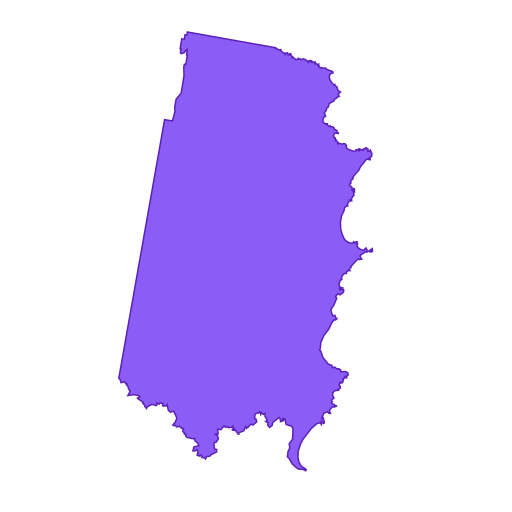 the district of Denmark, Western Australia, Australia, rotated 280°
{"feature_id": "25037944B90574007914814", "entity_name": "Denmark", "entity_type": "district", "adm_level": 2, "iso_a3": "AUS", "parent_name": "Australia", "parent_adm1": "Western Australia", "projection": "equal_earth", "projection_center": [117.036, -34.911], "detail": "fine", "context": "isolated", "style": "filled", "palette": "violet", "viewbox_px": 512, "rotation_deg": 280, "n_neighbors": 0, "source": "geoboundaries", "source_scale": "gbopen_adm2", "svg_char_len": 6036}
<svg xmlns="http://www.w3.org/2000/svg" viewBox="0 0 512 512"><g transform="rotate(280 256 256)"><path d="M464.5,239.1L464.7,149.5L461.6,149.6L461.6,147.7L457.0,147.8L457.0,145.2L446.8,145.3L446.8,146.2L443.2,146.2L442.2,147.2L443.7,150.0L445.9,150.9L447.4,152.4L442.0,152.7L442.0,153.5L432.4,153.6L432.4,152.2L429.8,152.0L420.9,153.8L403.4,154.0L396.5,150.1L388.6,150.1L383.9,151.1L374.5,150.2L374.4,142.3L111.7,142.1L111.0,143.5L107.8,145.1L109.3,148.6L107.6,149.9L107.6,151.2L106.6,150.9L105.0,152.9L103.0,153.4L101.0,155.6L96.3,154.0L98.2,159.6L98.2,164.3L97.7,165.8L96.7,166.0L95.6,163.9L95.1,164.2L92.4,170.2L91.3,170.0L90.1,172.0L88.4,172.7L86.8,174.7L88.3,174.9L91.4,178.7L91.9,180.7L91.2,183.5L92.3,184.3L94.2,183.8L93.3,186.4L94.6,186.9L94.6,190.0L92.3,190.0L92.1,191.3L92.9,193.6L94.2,194.2L88.8,196.5L87.3,198.9L88.8,201.1L88.3,202.3L82.7,206.2L78.5,205.4L75.1,203.4L74.7,204.6L75.1,205.6L73.9,207.7L75.0,210.1L73.2,213.0L73.4,214.7L70.7,214.2L69.8,215.1L69.8,216.3L68.2,216.3L68.0,217.8L66.4,218.1L65.4,219.5L65.1,226.1L65.8,227.3L63.4,228.0L61.7,230.9L59.3,232.7L57.2,228.0L53.1,227.7L53.4,229.6L55.0,231.6L52.9,232.9L49.6,232.6L49.1,235.5L50.2,235.3L50.4,236.4L49.8,237.5L48.2,237.7L48.4,239.9L47.3,241.5L49.9,242.2L50.8,245.2L52.7,246.5L56.1,251.2L58.6,250.9L58.7,248.8L63.1,247.2L65.1,247.3L65.7,249.1L69.4,250.7L72.1,249.5L73.4,246.9L74.2,249.6L78.7,248.3L78.9,251.6L83.1,254.1L82.0,255.8L82.8,257.1L82.2,258.6L82.9,261.4L84.3,262.9L82.6,263.2L82.1,264.8L81.0,262.8L80.5,263.0L80.5,266.5L77.7,269.0L77.7,270.0L78.4,269.4L79.1,270.0L81.7,274.3L86.1,275.3L84.6,276.7L86.0,277.1L86.0,278.0L89.6,280.2L89.0,282.4L92.8,285.5L95.2,284.5L95.5,283.0L99.1,282.5L100.4,282.8L101.8,284.8L101.6,285.9L103.2,286.7L103.1,287.7L100.9,288.2L102.3,288.9L101.3,290.7L102.4,292.3L99.4,292.8L96.3,295.8L94.7,294.2L93.8,296.8L91.6,296.8L89.5,299.1L91.9,301.4L94.9,301.3L101.0,306.8L100.4,307.8L97.2,308.9L97.6,310.1L100.6,310.6L100.7,311.1L98.9,311.5L100.5,312.8L95.3,314.9L94.5,320.8L92.0,322.5L81.9,323.8L76.9,321.3L72.7,322.6L69.1,321.5L63.6,321.8L62.7,323.5L57.5,327.8L54.4,332.7L53.5,335.2L54.0,339.5L53.1,342.2L54.6,342.4L56.9,337.1L60.4,334.1L65.4,332.2L71.2,331.5L78.2,332.4L83.9,334.2L96.0,340.6L101.8,345.4L102.8,348.1L101.4,349.7L104.4,349.1L102.8,351.5L103.3,352.2L105.6,351.8L107.7,349.2L108.0,350.5L109.4,349.3L112.9,350.0L115.0,353.7L113.7,355.1L113.9,356.6L116.3,355.3L117.9,355.5L120.8,357.6L120.8,359.3L122.5,361.8L122.3,359.6L123.2,359.1L123.7,356.8L124.6,355.9L125.8,356.4L126.3,355.5L127.8,355.7L129.6,357.5L132.0,355.7L134.8,355.4L137.1,357.1L138.1,360.6L139.3,360.2L140.0,361.7L140.8,361.9L142.6,361.4L143.0,360.4L145.3,360.5L145.5,361.3L146.5,361.2L146.0,362.9L146.4,363.3L149.2,363.6L150.2,363.0L151.1,364.5L151.8,364.4L151.7,366.0L152.9,365.2L153.0,366.5L154.5,366.5L154.8,367.4L156.8,366.8L157.8,364.3L156.7,359.6L158.7,359.0L158.9,356.8L159.3,356.9L159.0,355.0L160.3,352.8L159.3,351.0L159.8,350.2L161.4,349.9L162.0,346.1L167.6,339.6L173.9,336.2L174.2,334.8L176.0,335.4L181.9,334.8L189.6,336.7L196.1,340.1L204.3,342.6L206.7,344.0L206.8,345.4L208.1,346.5L208.7,346.5L208.6,345.4L211.3,344.0L210.4,341.9L210.8,341.5L216.1,339.0L221.6,341.3L228.2,342.8L229.2,342.4L229.5,341.4L230.7,341.6L233.1,343.6L232.3,345.4L235.0,348.1L236.5,348.5L237.9,348.2L238.1,347.0L238.7,347.1L237.7,346.0L238.1,345.5L237.2,344.9L237.9,343.9L239.8,345.8L240.0,343.7L242.6,342.6L246.4,343.2L248.2,344.7L249.1,343.9L251.3,344.3L253.8,345.7L254.6,348.0L255.4,347.5L257.5,349.1L257.9,350.8L258.5,349.7L261.3,351.5L262.0,351.2L269.1,355.7L271.0,357.6L270.5,358.8L271.4,360.7L273.0,358.9L274.8,358.6L278.8,362.7L279.0,364.5L280.0,365.3L283.0,362.9L280.3,360.9L280.4,358.5L281.7,355.4L283.4,353.8L284.8,353.3L285.5,354.0L286.2,352.8L287.5,353.2L287.6,352.4L286.1,351.0L287.0,349.8L285.4,348.9L285.2,346.3L285.9,343.2L287.7,340.3L292.0,337.3L297.4,334.7L304.4,333.2L310.8,333.3L316.3,334.9L318.9,334.8L320.9,336.5L321.3,337.7L322.0,337.0L325.8,337.9L327.0,340.5L327.7,339.3L327.8,340.3L330.2,340.4L333.0,342.0L337.4,340.0L337.3,339.2L340.4,338.6L341.6,336.0L342.9,335.6L344.4,336.9L346.4,336.1L348.4,337.8L349.2,338.1L349.6,337.5L353.3,339.2L358.2,342.3L362.1,343.4L370.0,347.7L371.0,349.5L370.5,350.1L370.7,351.8L371.5,351.6L371.8,350.2L374.2,352.5L376.8,352.4L380.0,350.3L379.1,350.0L379.4,349.5L378.5,348.0L381.0,347.6L380.7,346.7L381.8,345.9L380.7,344.2L379.8,344.3L379.9,343.0L378.6,342.7L379.5,338.7L378.9,338.3L378.4,339.9L377.4,339.2L378.2,336.2L376.6,335.8L376.1,333.4L377.4,327.2L379.0,325.7L380.1,326.1L381.9,324.4L381.9,322.6L381.1,321.5L381.5,317.7L380.8,317.3L380.3,316.3L381.5,317.5L383.0,316.0L383.2,314.5L384.5,314.6L384.7,313.6L385.9,313.7L386.8,312.0L388.3,311.4L390.9,312.4L391.1,314.5L390.3,315.0L391.2,314.7L390.9,315.7L391.5,315.8L392.1,314.1L393.5,313.9L394.8,310.8L396.1,310.3L396.5,308.6L396.0,307.3L397.2,306.4L396.5,305.7L396.6,304.5L397.8,303.6L397.9,302.2L398.6,302.7L398.3,300.9L399.4,298.7L403.7,298.1L405.7,300.3L409.0,298.4L411.0,299.7L414.7,300.3L415.4,301.4L418.9,301.6L422.1,305.7L424.4,306.3L425.5,308.1L426.7,308.3L427.6,310.3L429.7,308.7L432.1,310.7L433.3,307.9L436.7,306.3L437.6,304.0L438.5,303.9L438.1,303.2L439.1,301.3L442.9,297.7L446.6,296.9L448.6,298.1L449.8,300.1L451.0,299.4L452.0,293.7L453.2,291.7L452.6,289.8L453.0,287.5L452.4,286.8L453.2,284.9L454.4,285.0L454.4,284.1L455.8,284.4L455.3,282.9L456.1,281.7L455.6,280.5L457.5,280.4L456.5,278.5L456.7,276.6L457.6,277.3L458.0,275.7L457.0,275.6L457.5,274.3L456.9,273.5L456.0,273.6L457.4,271.9L458.5,268.7L457.2,266.2L457.8,265.4L457.2,264.0L458.0,263.2L456.9,262.8L456.4,261.1L458.1,258.1L457.7,257.2L458.6,257.4L459.7,255.5L461.2,255.1L461.1,254.1L459.9,253.9L460.2,253.1L459.8,252.5L461.5,251.8L460.9,250.3L459.5,249.8L460.9,249.1L460.6,247.8L462.5,244.9L463.6,244.7L462.9,242.5L464.0,240.3L463.8,239.3L464.5,239.1ZM283.5,369.2L280.2,366.2L279.9,367.0L280.8,367.1L280.0,368.6L280.3,369.3L281.1,368.8L281.2,369.9L283.5,369.2ZM339.3,340.5L336.4,340.9L336.2,341.9L339.4,341.1L339.3,340.5Z" fill="#8b5cf6" stroke="#5b21b6" stroke-width="1.5"/></g></svg>